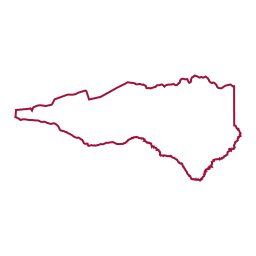 Riachão das Neves, Bahia, Brazil
{"feature_id": "56859067B88902373095284", "entity_name": "Riachão das Neves", "entity_type": "district", "adm_level": 2, "iso_a3": "BRA", "parent_name": "Brazil", "parent_adm1": "Bahia", "projection": "orthographic", "projection_center": [-45.234, -11.676], "detail": "fine", "context": "isolated", "style": "outline", "palette": "rose", "viewbox_px": 256, "rotation_deg": 0, "n_neighbors": 0, "source": "geoboundaries", "source_scale": "gbopen_adm2", "svg_char_len": 5901}
<svg xmlns="http://www.w3.org/2000/svg" viewBox="0 0 256 256"><path d="M20.2,119.9L20.9,120.0L21.6,119.6L22.5,119.4L24.3,119.3L25.6,119.4L29.0,120.0L30.9,120.1L31.9,120.0L34.7,120.4L38.2,120.5L38.8,120.7L40.4,121.6L41.2,121.9L42.4,121.9L44.4,121.7L46.1,122.3L46.5,122.7L50.4,123.8L51.0,123.9L53.2,123.4L54.1,123.3L54.7,123.5L56.2,124.4L58.1,126.1L59.3,128.3L59.7,129.5L60.1,130.1L60.7,130.4L61.4,130.5L62.7,131.1L64.0,131.2L65.1,131.8L66.0,132.0L66.7,132.2L67.2,132.7L67.7,133.0L68.5,133.3L69.1,133.7L71.6,134.9L74.4,137.0L77.2,137.9L78.3,137.5L79.6,138.2L80.3,138.8L80.8,139.3L82.0,139.7L82.5,140.1L82.8,141.1L83.4,141.8L83.5,142.6L84.0,143.2L84.5,143.6L85.2,143.8L85.7,143.7L86.7,143.8L87.2,143.6L87.8,144.0L88.0,145.4L88.3,145.7L88.7,145.8L90.1,145.6L91.3,145.1L92.7,145.5L94.1,145.5L94.6,145.3L95.0,145.5L95.6,145.6L96.3,145.5L97.6,145.1L98.5,145.0L100.8,144.0L102.0,144.3L103.3,144.2L106.2,142.8L106.7,142.7L107.3,142.8L108.0,142.8L110.9,142.3L113.0,142.2L113.6,142.3L114.0,142.6L116.9,144.0L118.3,144.0L119.4,144.2L120.6,143.9L121.6,143.9L122.0,144.0L123.2,143.8L123.6,143.4L124.1,143.1L124.6,143.2L125.1,143.0L125.6,142.7L126.7,141.6L127.4,141.4L127.4,140.9L128.5,139.7L129.3,139.6L129.9,139.1L130.5,139.0L131.0,138.7L131.3,138.3L131.7,137.9L132.3,138.0L132.8,138.2L133.5,137.3L134.1,137.4L136.4,136.9L136.8,137.3L137.4,137.2L137.9,137.3L138.8,137.9L139.9,138.3L140.9,138.1L141.4,138.3L141.8,138.7L142.9,138.3L143.7,139.1L144.1,139.2L144.6,139.4L144.7,139.9L144.5,140.5L144.1,140.9L145.1,141.2L145.7,141.3L146.1,141.9L146.7,142.0L146.9,142.6L147.8,142.8L148.5,142.6L149.1,143.2L149.6,142.9L149.9,143.2L151.1,143.5L151.3,144.1L151.3,144.9L151.6,145.4L151.6,145.9L151.8,146.6L152.1,146.1L152.5,146.4L153.9,146.5L153.9,147.6L154.6,147.6L155.9,147.7L156.5,148.8L156.6,150.0L157.2,149.9L157.6,149.5L158.5,149.9L159.3,151.6L159.8,151.7L160.1,152.4L160.1,153.6L159.8,154.5L160.1,155.2L160.8,155.6L161.4,155.3L162.1,155.4L163.3,156.0L163.6,155.6L164.1,155.3L165.4,155.7L166.3,155.7L166.7,156.1L168.2,156.1L168.7,155.9L169.2,156.3L169.8,156.2L170.3,155.9L170.8,156.4L171.3,156.2L171.8,156.9L172.4,157.4L173.3,157.9L174.1,157.9L174.8,158.5L175.4,158.7L176.5,159.7L177.1,159.8L178.0,161.5L178.3,162.0L179.0,162.3L179.3,163.0L180.0,163.2L180.3,163.6L180.8,163.6L181.4,163.3L181.9,163.5L182.3,163.9L182.4,165.1L182.7,165.4L182.7,166.1L183.1,166.6L183.7,166.8L183.7,167.5L184.1,168.0L184.5,168.3L184.8,168.9L185.2,169.3L185.5,170.5L185.9,170.8L186.6,171.6L187.0,172.2L187.0,173.1L187.8,174.2L188.8,175.0L188.8,175.7L189.4,176.0L190.0,175.9L190.3,176.4L191.2,178.7L191.8,178.9L192.2,179.3L193.2,179.0L193.5,179.3L194.1,179.2L194.7,179.7L195.1,179.5L195.6,179.6L195.9,179.2L196.1,179.7L196.7,179.8L197.1,179.6L197.6,179.8L198.2,179.2L198.8,179.6L199.3,180.2L200.1,180.5L200.8,179.5L201.0,179.0L201.6,179.4L202.0,179.0L201.7,178.5L202.3,178.3L202.6,177.3L202.8,176.9L203.3,176.6L203.7,176.5L204.1,175.9L204.5,175.1L204.4,174.6L204.0,174.2L204.4,174.0L204.9,173.8L204.9,173.2L205.2,172.8L204.6,172.3L204.7,171.6L205.4,171.7L205.7,171.1L205.7,170.6L206.3,170.7L206.2,170.2L205.7,169.9L206.1,169.4L207.2,169.1L208.4,169.0L208.3,168.2L208.7,168.2L209.2,168.4L209.1,167.1L209.8,167.1L210.4,167.3L210.5,166.9L210.1,166.3L210.7,166.1L211.7,166.5L211.2,165.4L211.4,164.9L212.0,164.5L212.1,164.0L211.9,163.4L212.2,162.7L211.9,161.9L212.5,161.7L213.1,161.2L213.9,160.9L213.5,160.1L215.4,159.4L216.5,159.2L216.9,159.4L218.0,159.1L219.1,159.1L219.5,158.6L219.9,159.3L220.3,158.8L221.5,158.2L221.5,158.7L222.0,158.6L222.3,158.1L222.8,157.6L223.5,157.6L223.9,157.1L224.1,156.5L224.3,156.1L225.6,155.9L225.9,155.3L226.4,154.9L227.3,154.7L227.3,154.2L227.5,153.7L227.5,152.4L227.8,151.8L228.6,151.5L230.0,150.8L230.0,150.3L229.3,149.6L229.1,149.2L229.6,148.9L230.2,149.2L231.1,150.2L231.2,149.4L231.5,148.7L232.1,148.6L232.7,148.9L233.4,149.0L233.9,148.8L233.9,148.1L234.7,147.6L234.7,147.0L234.1,146.1L233.9,145.4L234.6,144.3L234.9,143.6L235.0,142.6L235.3,142.0L235.9,141.8L236.4,141.5L236.6,141.0L237.3,140.8L237.8,140.3L237.6,139.0L238.7,137.7L238.2,137.4L238.3,136.8L240.5,136.1L240.4,135.5L240.0,135.0L239.8,134.6L240.4,134.1L240.6,133.3L239.7,132.3L239.1,130.4L238.6,129.9L237.9,129.8L237.7,129.4L238.1,128.7L237.4,128.5L236.8,128.4L236.4,127.8L236.2,127.0L235.5,125.7L234.2,125.5L234.1,87.1L234.0,86.2L233.3,86.4L232.8,86.4L232.6,86.0L232.2,85.7L231.5,85.3L230.7,84.7L230.1,84.5L228.0,85.1L226.7,85.3L224.6,86.2L223.2,87.0L222.8,87.5L222.2,87.9L221.2,88.3L218.5,88.0L217.7,87.5L217.1,86.7L216.8,85.7L216.2,84.7L214.4,82.9L213.8,82.6L213.3,82.5L212.7,82.7L212.2,83.0L211.7,83.0L210.5,82.4L209.5,81.2L209.0,80.8L208.9,80.0L207.8,78.3L206.1,76.9L205.4,76.6L204.8,77.0L203.1,77.7L202.6,77.6L201.5,77.0L200.7,77.1L199.9,77.6L199.4,77.6L198.9,77.2L198.1,76.9L197.5,76.5L196.0,75.9L195.3,75.9L194.8,75.5L194.4,75.7L194.1,76.2L193.1,77.0L192.3,77.2L191.7,78.0L191.1,79.2L191.1,81.4L190.8,81.8L189.6,82.8L189.0,82.6L188.5,82.0L187.7,80.0L187.1,79.0L186.4,79.2L185.0,79.4L183.5,78.8L182.1,78.8L181.5,78.9L180.8,79.8L180.2,80.4L180.0,81.0L179.8,82.6L179.4,83.0L178.7,83.1L178.3,83.4L178.2,83.9L177.9,84.4L176.9,85.0L175.6,85.2L175.0,85.0L173.7,83.9L171.9,84.5L168.9,84.6L167.9,84.7L166.4,85.1L165.3,85.7L164.9,86.0L164.5,86.6L162.5,84.8L161.8,84.5L161.1,84.5L159.6,85.2L158.0,85.2L156.8,85.5L156.3,85.8L155.8,86.7L155.3,87.1L154.0,87.1L153.6,87.4L151.8,88.0L151.4,88.0L150.7,88.4L149.4,88.1L146.5,88.1L145.8,86.0L143.3,84.5L142.8,84.8L141.5,84.6L140.6,84.1L139.5,84.0L137.4,84.3L136.2,84.3L135.6,84.2L134.8,83.3L127.5,82.3L125.8,83.4L117.3,87.6L100.6,96.9L89.1,99.5L86.5,91.5L86.0,90.8L85.2,90.6L78.5,92.6L75.5,94.2L72.5,94.7L67.7,94.6L55.0,99.2L54.5,99.6L52.2,104.0L51.8,104.5L51.2,104.8L45.7,106.0L40.8,105.3L38.2,105.4L33.9,107.0L33.4,107.3L33.1,107.7L32.0,110.6L30.4,108.3L29.0,108.8L16.0,110.0L15.6,116.1L15.4,117.2L16.6,117.5L18.7,118.7L19.2,118.8L19.6,119.0L20.2,119.9Z" fill="none" stroke="#9f1239" stroke-width="2"/></svg>